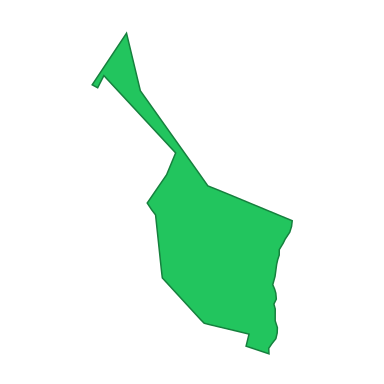 the district of Santana do Piauí, Piauí, Brazil, rotated 22°
{"feature_id": "56859067B85861888890403", "entity_name": "Santana do Piauí", "entity_type": "district", "adm_level": 2, "iso_a3": "BRA", "parent_name": "Brazil", "parent_adm1": "Piauí", "projection": "robinson", "projection_center": [-41.484, -6.919], "detail": "fine", "context": "isolated", "style": "filled", "palette": "green", "viewbox_px": 384, "rotation_deg": 22, "n_neighbors": 0, "source": "geoboundaries", "source_scale": "gbopen_adm2", "svg_char_len": 751}
<svg xmlns="http://www.w3.org/2000/svg" viewBox="0 0 384 384"><g transform="rotate(22 192 192)"><path d="M65.5,130.7L66.2,122.4L66.7,117.1L162.2,161.9L162.0,185.5L154.6,219.0L161.1,223.5L166.8,226.9L178.9,249.6L191.4,273.1L194.7,279.2L196.7,282.8L248.0,307.2L252.4,309.1L257.9,308.4L289.8,303.6L298.1,302.4L299.9,314.7L324.0,313.2L321.7,308.2L322.9,302.7L324.7,296.6L323.8,290.8L322.0,285.8L317.4,280.3L315.1,274.6L313.0,269.3L309.9,265.2L310.3,259.7L307.6,254.4L305.0,251.1L301.6,247.7L300.6,239.1L297.6,227.4L296.8,222.5L296.5,217.8L294.5,212.7L295.7,205.4L296.0,201.0L297.7,192.6L297.2,186.6L295.7,181.1L223.1,180.4L204.4,180.4L193.9,173.6L106.2,117.5L71.8,69.3L59.3,130.0L65.5,130.7Z" fill="#22c55e" stroke="#15803d" stroke-width="1.5"/></g></svg>